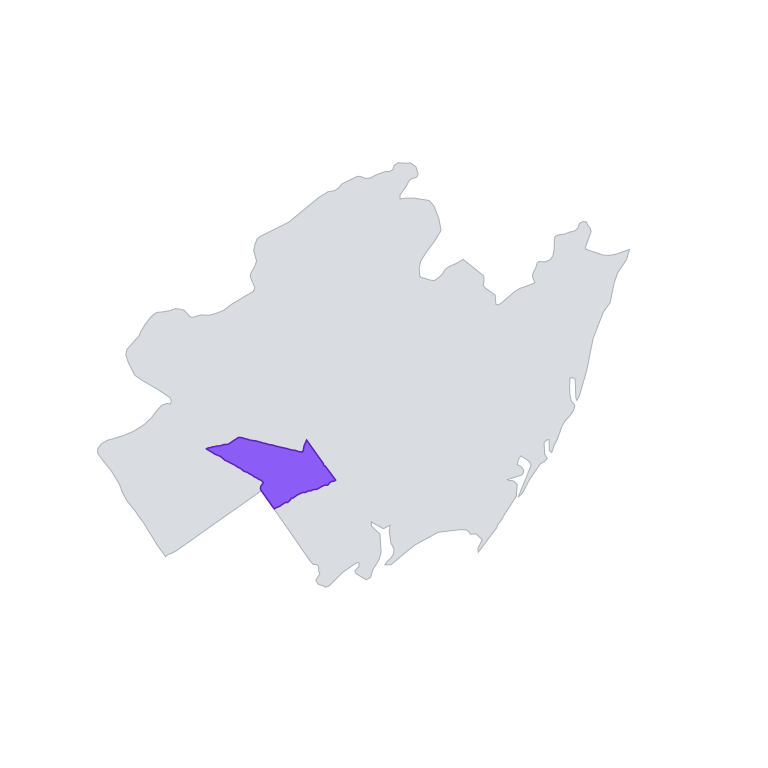 Okano, Wouleu-Ntem, Gabon (highlighted), rotated 235°
{"feature_id": "22940354B24104320747688", "entity_name": "Okano", "entity_type": "district", "adm_level": 2, "iso_a3": "GAB", "parent_name": "Gabon", "parent_adm1": "Wouleu-Ntem", "projection": "equal_earth", "projection_center": [11.511, 0.744], "detail": "fine", "context": "in_parent", "style": "filled", "palette": "violet", "viewbox_px": 768, "rotation_deg": 235, "n_neighbors": 0, "source": "geoboundaries", "source_scale": "gbopen_adm2", "svg_char_len": 6041}
<svg xmlns="http://www.w3.org/2000/svg" viewBox="0 0 768 768"><g transform="rotate(235 384 384)"><path d="M497.0,118.4L496.7,124.7L491.4,140.0L488.9,151.8L488.3,164.4L489.8,174.5L492.3,181.7L494.0,189.5L492.7,195.0L490.2,197.4L491.9,200.1L495.7,200.8L502.3,198.4L512.3,194.2L525.4,188.1L534.1,184.9L548.3,186.9L556.0,189.2L559.9,193.5L564.1,211.5L566.2,214.3L569.6,221.9L572.5,231.2L573.1,235.8L572.8,239.2L569.9,244.2L566.6,251.5L565.5,256.0L562.8,259.3L559.3,262.5L549.8,263.8L548.3,265.7L545.6,273.6L540.6,280.2L538.3,286.4L536.3,294.8L536.7,305.1L535.7,320.0L534.7,330.0L537.2,333.5L548.6,336.0L550.8,338.0L553.8,344.2L557.7,350.1L568.1,353.8L572.2,358.2L575.5,363.1L575.9,367.2L573.5,383.3L571.2,398.8L572.1,410.6L573.0,421.9L574.2,438.3L573.6,448.3L570.7,454.4L570.7,459.2L572.0,465.0L569.4,481.0L567.7,483.7L563.1,486.6L560.6,490.9L559.8,497.7L557.3,506.9L554.7,510.3L554.7,514.6L557.2,517.7L557.2,522.5L552.5,528.2L549.7,532.6L543.5,534.7L536.4,532.4L534.7,529.3L536.4,524.3L535.8,520.3L533.4,516.2L529.6,505.4L526.2,503.2L524.4,507.6L518.6,515.7L508.4,526.2L501.2,527.0L488.0,523.8L477.0,518.8L471.8,506.6L468.5,496.5L463.8,484.7L458.5,479.1L452.8,475.6L450.3,475.3L442.2,481.9L439.8,484.4L439.8,489.9L440.6,495.1L441.8,497.5L442.9,500.8L442.7,505.9L441.2,512.8L440.7,520.3L415.4,527.7L411.0,525.0L407.8,521.6L404.0,522.2L393.0,526.1L388.9,523.4L384.9,521.4L383.1,523.1L382.9,526.3L384.8,544.1L384.2,550.8L381.7,559.6L380.4,565.6L387.1,567.3L389.6,570.1L391.9,574.6L395.2,578.7L395.4,581.2L391.7,585.9L390.4,591.6L392.2,596.1L396.8,600.7L403.5,605.6L406.7,608.7L406.4,611.6L403.3,617.8L402.1,623.0L400.0,627.8L400.4,632.1L403.4,636.2L403.1,639.8L401.1,642.5L396.9,642.0L393.4,642.3L390.2,641.2L380.3,627.2L378.2,626.8L363.8,637.6L360.3,642.0L357.3,648.4L353.4,662.2L346.8,654.1L341.2,639.4L334.7,630.4L320.9,615.8L317.2,605.1L301.4,581.4L278.7,557.7L262.3,537.2L259.9,532.6L262.6,533.2L278.4,543.4L280.6,542.3L282.4,540.0L275.6,534.6L269.1,530.4L262.9,527.7L256.8,528.0L253.4,523.6L251.1,517.0L250.0,511.4L247.3,505.5L238.6,493.3L236.5,488.6L231.7,482.1L234.6,481.3L243.9,487.4L244.8,485.0L244.0,481.4L234.6,475.5L229.5,475.1L228.3,471.1L229.0,466.3L222.3,448.5L215.4,435.2L214.3,429.0L233.0,457.9L235.6,458.4L238.9,458.1L246.6,454.9L245.1,451.0L241.6,446.9L238.2,448.8L233.8,449.2L231.5,447.4L230.5,444.4L234.9,430.4L233.0,431.1L231.6,433.6L229.1,434.8L225.4,435.5L216.1,428.0L208.0,407.7L205.8,403.6L203.6,396.5L201.5,393.6L192.1,364.7L195.7,366.9L200.0,375.2L208.3,373.5L211.5,368.6L214.4,368.8L217.3,367.7L220.9,363.1L231.5,343.3L234.4,317.0L233.4,301.5L231.9,286.0L235.4,281.1L236.8,284.3L237.5,289.8L239.1,293.9L242.9,297.5L250.0,298.5L260.9,304.2L264.8,307.9L265.8,300.6L278.4,294.4L274.6,292.2L263.4,294.6L248.1,285.3L243.1,279.4L238.3,268.3L233.4,262.4L233.8,257.2L244.7,252.3L247.6,252.9L248.8,258.7L251.8,261.0L252.9,260.2L253.4,255.3L253.4,242.1L250.1,223.1L251.1,219.5L254.1,218.2L256.8,215.7L258.6,215.2L262.4,215.7L264.2,220.0L265.2,222.5L269.0,223.6L272.1,225.9L274.7,225.3L276.9,222.5L280.2,222.0L290.2,222.0L299.2,222.1L317.3,222.2L335.3,222.2L353.4,222.3L367.0,222.4L366.9,211.5L366.8,194.8L366.8,175.1L366.7,156.1L366.6,138.6L366.5,117.9L367.3,111.9L368.2,109.5L367.8,106.1L381.8,105.8L407.1,107.4L418.1,107.1L421.3,107.4L435.1,106.4L446.3,107.7L451.0,109.2L455.3,109.9L468.7,110.8L486.2,109.7L492.1,109.9L495.4,112.8L497.0,118.4Z" fill="#d9dde1" stroke="#a8b0b8" stroke-width="1"/><path d="M332.9,288.4L333.0,289.3L343.1,289.0L349.8,288.8L350.6,288.7L351.1,288.2L351.8,288.1L352.8,288.3L353.4,288.6L354.2,288.7L364.2,288.6L379.8,288.5L382.4,288.5L382.2,288.2L382.0,287.4L381.1,286.4L380.6,285.3L379.4,283.3L378.3,282.1L377.1,281.0L375.8,279.4L375.2,278.7L375.0,278.2L375.6,277.6L376.4,276.7L377.1,275.9L378.0,275.0L379.1,274.3L380.6,273.2L382.9,270.5L384.4,269.3L387.0,267.3L391.0,263.5L393.9,260.9L396.1,259.1L397.5,258.0L398.4,257.3L399.4,256.1L399.9,255.5L401.1,254.5L402.3,253.6L403.6,252.6L404.6,251.3L405.7,250.6L406.8,249.9L407.5,249.3L408.3,248.3L409.4,247.7L411.0,246.3L413.7,243.3L415.2,241.8L415.9,241.3L416.9,240.7L418.3,239.3L420.0,238.0L421.3,237.0L422.2,236.2L423.0,235.0L423.7,234.3L423.8,231.9L423.8,230.3L423.9,228.8L423.9,226.2L424.0,222.4L424.2,221.5L424.8,220.3L425.2,219.6L425.9,218.8L426.4,217.7L426.9,215.9L427.2,214.9L427.5,213.9L428.0,213.1L428.5,212.5L428.9,211.9L429.3,210.8L429.7,209.8L430.1,208.8L430.6,208.0L431.1,207.1L431.2,206.5L431.2,205.7L431.4,205.1L432.2,204.2L432.5,203.1L432.7,202.0L432.7,201.3L432.3,201.4L430.6,202.2L428.5,203.1L425.9,204.3L423.6,205.2L421.1,206.8L418.4,208.5L415.2,209.4L413.0,209.8L412.3,210.2L411.3,210.9L409.0,212.1L406.7,213.3L403.6,215.0L402.2,215.6L401.3,215.9L400.6,216.2L400.0,216.3L399.3,216.7L398.4,217.3L396.9,218.1L395.8,218.5L394.6,218.7L393.6,218.9L392.9,219.3L392.0,219.8L391.0,220.6L390.3,221.2L389.1,221.7L388.2,222.1L387.2,222.4L386.5,222.9L385.8,223.3L385.0,223.7L384.1,224.0L382.6,224.4L381.9,224.7L381.1,225.3L379.5,226.1L378.0,226.6L376.7,227.5L375.3,228.2L374.5,228.3L373.7,228.4L373.1,228.6L372.6,228.6L372.3,228.4L372.0,227.7L371.8,227.0L371.5,226.3L371.3,225.4L371.0,224.7L370.5,224.0L369.6,223.2L368.9,222.6L368.2,222.4L367.4,222.3L366.8,222.3L366.5,222.3L362.4,222.3L348.5,222.4L344.6,222.5L344.6,223.6L344.6,224.4L344.4,225.2L344.1,226.4L343.8,227.6L343.6,228.4L343.7,230.1L343.6,232.0L343.6,233.9L343.6,235.1L343.3,235.5L342.9,236.0L342.4,236.6L342.3,238.2L342.6,239.4L342.8,240.0L342.7,240.7L342.9,241.4L343.4,242.0L343.5,242.8L343.2,243.3L342.8,243.9L342.8,247.4L342.8,249.2L342.6,250.4L342.4,251.7L342.2,252.8L342.1,254.0L341.9,254.8L341.5,255.6L340.9,256.3L340.4,257.1L340.1,258.2L340.0,259.1L339.9,259.9L339.6,260.9L338.9,262.2L338.5,262.6L338.3,263.5L338.2,264.7L338.0,265.4L337.6,266.3L337.0,267.3L336.4,268.3L336.1,269.3L336.0,270.9L335.8,273.0L335.7,274.6L335.5,276.0L335.1,277.3L334.6,278.3L334.2,278.7L333.6,279.6L333.5,280.2L333.6,281.0L333.8,281.6L334.2,282.3L334.4,283.3L334.3,284.3L334.1,285.4L333.6,286.2L333.2,287.0L332.9,288.3L332.9,288.4Z" fill="#8b5cf6" stroke="#5b21b6" stroke-width="1.5"/></g></svg>